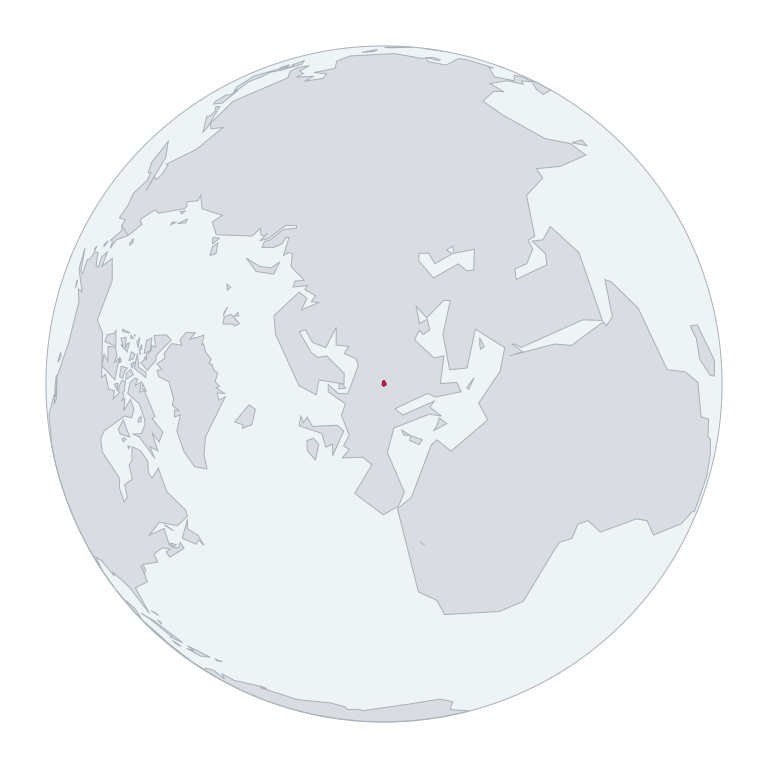 Zlínský highlighted on a globe, orthographic projection, rotated 293°
{"feature_id": "CZE-10371", "entity_name": "Zlínský", "entity_type": "Region", "adm_level": 1, "iso_a3": "CZE", "parent_name": "Czechia", "parent_adm1": "", "projection": "orthographic", "projection_center": [17.624, 49.185], "detail": "fine", "context": "on_globe", "style": "filled", "palette": "rose", "viewbox_px": 768, "rotation_deg": 293, "n_neighbors": 0, "source": "natural_earth", "source_scale": "10m", "svg_char_len": 11622}
<svg xmlns="http://www.w3.org/2000/svg" viewBox="0 0 768 768"><g transform="rotate(293 384 384)"><circle cx="384" cy="384" r="338" fill="#eef3f6" stroke="#a8b0b8"/><path d="M64.3,274.6L66.5,268.3L69.3,260.8L79.0,238.6L90.2,217.1L81.7,233.6L83.8,231.5L79.9,242.6L72.5,253.5L64.0,278.6L59.0,291.7L55.1,306.3L53.4,315.5L50.9,331.2L52.7,330.5L54.0,339.1L50.3,352.2L54.0,348.1L52.7,361.9L57.5,388.7L56.2,389.5L59.7,427.8L69.5,459.5L71.7,474.7L70.0,477.6L74.7,487.9L74.9,491.9L99.0,531.9L115.9,558.7L118.3,571.4L110.1,572.1L116.5,590.2L112.6,585.3L98.3,564.4L85.6,542.5L74.5,519.8L65.3,496.2L57.8,472.0L52.1,447.4L48.3,422.4L46.3,397.1L46.3,371.8L48.2,346.6L51.4,326.4L52.8,318.1L52.5,318.7L64.3,274.6ZM153.2,137.2L171.9,121.0L161.4,129.7L171.7,121.1L183.4,112.2L198.8,101.5L225.4,87.4L246.3,84.5L236.8,88.4L242.9,87.9L255.2,83.2L261.8,80.3L299.4,77.5L340.7,71.0L352.0,65.5L350.9,70.0L371.0,58.2L392.3,55.7L369.3,60.9L367.8,63.4L382.8,62.4L384.4,64.8L392.6,66.0L393.3,69.3L379.8,72.9L380.0,75.3L390.6,74.5L397.9,77.9L382.3,78.5L393.5,84.7L373.1,93.4L330.9,95.1L320.5,105.2L279.5,121.6L284.2,123.8L271.7,132.5L272.4,138.5L264.6,140.5L272.0,143.7L278.9,140.8L284.5,141.4L285.6,144.9L275.8,147.8L273.9,146.5L271.5,149.2L266.2,149.3L269.5,151.2L257.5,154.8L270.8,156.6L262.5,164.0L254.2,164.9L253.2,157.8L231.5,144.7L222.7,144.7L211.4,151.2L193.8,177.6L184.9,181.1L174.1,190.8L179.8,191.8L190.2,184.6L198.1,189.5L210.0,180.9L214.9,181.9L227.8,176.5L227.7,185.2L220.7,196.7L210.0,201.9L206.6,207.4L218.3,209.2L199.9,226.2L190.4,250.7L185.4,254.7L172.9,249.2L169.0,231.3L152.8,226.8L165.1,238.0L152.5,248.8L151.2,254.4L153.0,259.0L158.5,258.3L154.6,264.1L140.9,254.5L144.3,249.0L148.6,251.9L146.6,243.9L137.3,238.8L131.7,245.3L123.6,232.7L119.5,237.4L115.4,237.7L122.6,230.8L109.5,243.4L99.2,234.8L81.2,257.7L96.9,230.2L101.2,218.8L104.9,207.6L101.8,211.0L110.9,193.2L112.0,186.5L102.1,197.9L91.6,214.5L104.9,193.5L119.6,173.6L135.7,154.8L153.2,137.2ZM76.4,263.6L67.2,299.9L67.6,286.4L68.4,287.3L71.7,276.4L76.3,260.4L78.0,249.9L76.4,263.6ZM83.2,263.5L84.4,258.2L83.9,262.5L83.2,263.5ZM264.4,78.8L255.2,82.9L243.5,86.6L251.0,82.8L264.4,78.8ZM286.9,73.9L283.1,76.1L276.7,75.4L280.9,74.3L286.9,73.9ZM359.6,61.5L351.8,62.6L358.8,60.8L359.6,61.5ZM393.6,65.6L395.3,64.7L398.9,65.8L393.6,65.6ZM227.0,172.3L227.3,174.4L224.7,174.2L227.0,172.3ZM232.2,168.1L228.9,166.5L230.9,164.3L232.9,165.4L232.2,168.1ZM403.1,71.9L408.3,74.4L400.7,72.5L403.1,71.9ZM235.8,170.7L234.9,160.7L238.5,157.1L249.0,158.1L235.8,170.7ZM409.7,76.2L422.4,82.7L427.3,80.8L420.7,90.4L412.1,81.3L402.0,79.0L408.8,78.5L409.7,76.2ZM280.7,138.4L273.3,141.6L278.5,135.8L280.7,138.4ZM282.6,134.6L290.6,117.1L302.1,114.6L297.1,120.7L311.1,115.3L312.8,122.5L305.5,127.2L297.7,127.2L304.3,130.1L282.6,134.6ZM415.1,95.0L416.1,97.3L412.5,95.6L415.1,95.0ZM287.1,141.2L287.7,137.7L297.7,135.1L298.4,141.7L294.9,140.4L287.1,141.2ZM314.0,110.5L321.5,110.1L325.0,115.7L328.4,116.4L313.9,122.5L314.0,110.5ZM293.2,142.7L298.4,145.2L294.7,149.7L287.2,144.5L293.2,142.7ZM300.0,131.8L304.8,131.0L302.3,133.5L300.0,131.8ZM284.5,167.9L284.9,163.3L290.2,161.5L284.5,167.9ZM300.6,145.9L301.9,144.3L304.0,143.2L306.6,145.8L300.6,145.9ZM317.3,126.3L317.1,128.9L323.4,124.0L326.2,128.4L316.0,131.9L321.6,132.2L322.5,133.6L313.2,135.0L317.3,126.3ZM315.6,145.2L303.6,151.7L301.6,160.4L296.8,162.1L301.0,147.9L315.6,145.2ZM315.0,139.0L314.3,143.2L308.8,143.0L305.9,140.1L315.0,139.0ZM331.8,130.4L330.1,122.7L332.4,122.2L331.8,130.4ZM316.1,147.7L319.0,146.1L316.6,148.3L316.1,147.7ZM328.2,135.6L327.3,132.8L329.9,132.4L328.2,135.6ZM325.5,145.4L321.6,147.4L319.5,145.4L325.5,145.4ZM327.6,140.9L331.5,141.0L321.1,143.5L326.8,139.8L327.6,140.9ZM330.9,135.6L332.1,134.5L330.9,136.9L330.9,135.6ZM335.7,152.4L323.2,155.9L318.5,151.3L331.4,148.4L335.7,152.4ZM219.6,579.0L195.4,529.8L205.5,517.4L206.0,497.0L274.4,445.2L290.5,453.5L346.1,451.3L353.3,454.6L348.4,472.0L391.5,493.5L403.4,478.6L440.8,485.9L464.6,481.0L470.2,446.7L431.2,454.2L422.8,438.9L452.7,418.9L486.6,412.5L484.4,406.4L461.7,397.4L468.0,383.3L453.6,393.1L460.5,398.5L451.6,405.1L444.8,400.7L447.3,395.7L436.7,394.7L427.4,420.0L433.4,428.1L406.5,435.7L413.9,450.3L407.1,458.0L392.0,436.4L392.4,427.8L365.6,403.8L362.7,413.3L387.9,436.9L380.6,435.3L376.9,449.6L374.0,437.5L347.3,410.3L322.1,414.0L292.3,445.1L277.1,444.9L263.3,434.5L271.8,399.8L304.9,404.4L308.3,393.2L299.6,374.4L310.4,377.7L311.0,371.0L323.3,371.9L338.6,357.1L350.8,356.3L355.0,335.7L361.9,332.8L357.4,345.6L360.9,354.6L391.0,353.0L396.3,348.3L396.6,335.3L404.8,337.0L401.2,324.7L417.6,317.9L394.7,316.2L394.4,302.0L403.2,290.3L399.0,285.6L384.6,304.7L382.6,312.8L387.4,320.1L378.3,343.2L368.3,347.2L362.3,322.6L347.5,325.9L349.3,306.3L387.2,264.9L403.9,256.0L435.5,270.0L432.7,279.5L420.0,279.0L433.4,292.1L431.5,284.9L438.4,286.6L439.9,274.4L444.8,275.1L437.8,262.5L444.0,262.0L448.3,270.0L455.8,252.5L468.2,248.8L467.5,244.6L463.3,241.2L481.8,239.3L480.5,236.3L473.9,235.7L467.0,229.6L462.0,218.3L468.7,218.3L471.4,222.3L487.1,231.2L493.3,242.6L495.6,241.5L491.8,231.7L472.6,220.7L467.7,214.0L477.3,217.8L473.4,215.9L473.1,212.6L479.0,209.5L468.7,204.9L455.9,171.3L466.1,162.7L476.1,169.3L474.2,148.2L485.9,141.6L479.8,140.9L474.7,131.2L471.0,133.1L467.7,132.0L453.1,109.8L454.9,105.2L441.7,96.2L438.6,96.0L436.5,98.9L420.7,90.4L427.3,80.8L434.1,81.6L433.6,75.6L449.1,78.6L461.8,78.9L479.1,86.6L487.5,86.8L486.3,84.5L497.0,83.5L523.0,90.6L507.2,94.6L469.2,89.3L485.2,91.9L483.1,94.5L489.8,97.6L500.9,99.6L501.3,97.8L527.1,119.9L557.1,135.5L551.2,125.0L556.0,122.4L584.9,134.4L628.3,175.8L635.2,175.6L641.3,180.5L647.9,191.0L639.2,184.0L638.2,188.6L632.2,183.4L639.8,199.1L631.6,192.5L641.5,208.5L647.1,210.0L643.4,198.0L655.5,215.7L662.6,214.3L672.8,224.8L692.3,264.6L698.1,290.3L700.5,295.4L697.9,298.5L701.9,316.7L712.5,325.3L714.8,332.4L717.8,361.8L716.5,357.2L709.9,365.4L714.0,385.4L719.2,383.4L721.2,394.2L719.5,401.1L716.9,392.5L714.4,394.9L711.3,378.8L701.9,364.1L699.9,380.1L696.4,370.8L683.2,364.4L678.2,387.0L672.8,436.3L678.1,461.5L673.6,480.4L653.0,460.9L641.8,440.2L635.6,449.6L613.5,441.5L578.7,465.1L572.7,460.4L566.4,468.1L550.6,468.4L541.0,459.6L531.9,464.8L557.4,487.4L567.0,481.6L573.4,464.5L578.8,474.0L593.9,475.5L581.2,512.0L527.8,560.2L520.9,542.1L471.2,495.9L471.7,488.5L471.5,487.7L470.7,486.4L468.0,498.9L458.9,488.5L487.3,525.1L492.8,541.5L527.1,561.7L524.3,565.8L534.8,568.1L566.4,546.6L566.9,553.0L553.1,588.4L507.9,639.0L512.9,656.8L508.1,672.3L477.8,688.7L478.5,696.5L462.5,702.5L460.2,706.4L446.3,712.0L423.8,717.3L387.7,719.6L387.0,717.6L371.3,712.1L350.3,691.0L361.0,679.6L358.4,669.0L332.2,641.0L338.0,625.2L330.6,617.3L315.5,617.3L306.7,607.3L297.4,605.6L238.4,597.2L219.6,579.0ZM252.9,478.3L251.4,484.5L252.9,478.3ZM524.2,422.0L543.3,414.6L531.6,397.3L538.0,393.3L531.7,389.1L530.7,396.1L514.7,383.8L521.8,373.8L517.9,365.4L511.3,367.5L500.8,388.0L523.6,405.4L520.5,415.9L524.2,422.0ZM57.8,389.4L57.9,395.2L56.8,390.9L57.8,389.4ZM65.1,289.4L64.4,295.2L63.1,299.9L63.2,296.3L65.1,289.4ZM64.9,336.1L65.3,343.6L63.8,338.0L64.9,336.1ZM66.3,305.3L64.6,330.7L61.9,321.4L63.5,305.7L63.9,313.5L66.3,305.3ZM78.4,267.7L77.4,272.0L76.0,273.1L78.4,267.7ZM82.8,266.7L82.8,265.5L84.4,262.1L82.8,266.7ZM153.3,249.3L154.3,250.3L154.9,255.6L152.3,254.5L153.3,249.3ZM171.8,272.5L165.1,281.4L168.1,274.0L163.1,273.8L163.2,258.6L182.9,255.9L174.0,259.6L171.8,272.5ZM168.8,238.4L166.5,247.8L168.3,237.6L168.8,238.4ZM301.8,335.1L306.5,340.3L302.7,347.7L287.2,350.5L292.6,339.5L301.8,335.1ZM314.2,346.1L312.5,322.1L322.0,320.0L317.0,325.1L323.5,326.1L317.0,334.8L327.8,357.1L325.1,365.3L298.0,364.8L308.4,360.2L303.1,355.1L314.2,346.1ZM291.3,270.2L290.7,261.4L312.2,268.0L310.3,275.6L294.8,278.3L287.9,271.1L291.3,270.2ZM254.5,175.2L252.9,172.5L255.6,171.5L259.2,173.0L254.5,175.2ZM284.2,165.9L264.5,186.1L261.6,184.0L253.4,199.2L242.7,199.7L248.4,189.6L234.0,201.9L234.8,193.0L225.9,202.1L239.6,179.7L239.8,172.7L243.7,180.2L253.5,179.8L257.8,177.6L270.1,166.3L275.3,151.8L285.8,149.8L292.0,152.2L292.3,155.3L285.3,155.5L290.9,159.6L281.0,162.4L284.2,165.9ZM357.4,190.3L349.1,187.7L358.5,199.3L348.8,200.9L350.5,202.2L344.0,207.0L339.2,215.3L334.5,214.9L334.6,218.4L330.4,221.9L329.0,226.7L320.1,227.7L317.6,233.7L314.8,230.9L313.0,241.0L310.4,234.0L304.6,238.4L310.2,242.9L265.7,240.3L249.1,245.7L236.7,254.3L233.8,242.0L243.6,226.4L259.7,211.7L276.1,208.7L271.8,204.0L278.4,201.4L279.0,206.2L282.0,197.3L287.6,196.5L301.9,185.4L302.8,173.8L308.0,169.8L310.5,173.9L314.0,167.1L322.2,172.4L326.2,169.7L338.2,172.7L340.7,182.8L344.9,179.1L354.2,181.6L357.4,190.3ZM339.0,153.5L344.2,164.4L341.4,170.9L321.6,163.2L316.9,164.9L304.1,160.8L308.5,151.7L311.7,153.6L315.9,153.4L312.8,156.3L318.4,153.8L323.1,156.5L328.6,155.4L328.8,159.2L339.0,153.5ZM360.6,448.0L366.0,448.9L374.3,448.1L372.1,457.3L360.6,448.0ZM342.0,429.8L346.8,428.8L347.8,440.8L342.1,440.2L342.0,429.8ZM348.6,418.4L347.0,427.8L344.5,422.4L348.6,418.4ZM361.8,344.2L366.8,342.6L367.6,345.6L365.2,350.2L361.8,344.2ZM383.3,227.3L379.0,224.2L380.3,222.4L376.4,212.3L383.4,210.6L388.4,216.1L383.3,227.3ZM464.0,453.9L457.7,461.7L453.8,459.4L456.8,457.2L464.0,453.9ZM413.0,461.6L425.1,464.5L412.3,464.1L413.0,461.6ZM390.2,223.8L387.8,219.7L392.8,221.5L390.2,223.8ZM388.2,209.0L393.9,210.0L383.7,209.3L388.2,209.0ZM560.9,649.3L534.8,679.0L520.3,684.9L519.5,680.6L530.4,664.8L547.9,653.8L557.0,643.2L560.9,649.3ZM720.0,419.6L719.5,422.5L712.6,417.3L715.2,408.6L721.2,400.5L721.0,405.4L721.3,403.6L720.0,419.6ZM721.6,369.5L721.5,367.2L721.4,366.1L721.6,369.5ZM679.4,462.6L685.8,470.4L682.7,477.6L679.4,462.6ZM708.9,291.0L713.7,309.9L708.2,288.8L708.9,291.0ZM703.5,274.4L705.0,278.4L704.6,277.9L703.5,274.4ZM703.8,301.8L704.4,309.5L702.7,306.5L700.9,294.9L703.8,301.8ZM680.6,234.2L686.9,243.2L689.2,247.5L686.4,245.1L680.6,234.2ZM446.1,208.1L443.8,223.7L446.7,234.7L455.6,240.3L442.1,239.5L437.6,222.4L446.1,208.1ZM454.0,175.6L446.2,171.5L450.1,169.4L452.4,170.0L454.0,175.6ZM448.9,175.9L438.4,178.4L434.3,173.6L443.5,172.5L448.9,175.9ZM414.5,200.3L413.3,204.9L409.3,203.3L414.5,200.3ZM701.5,268.3L703.7,275.2L696.1,259.0L694.1,252.8L700.7,267.1L700.6,265.8L701.5,268.3ZM640.9,172.4L637.1,169.7L633.1,163.9L636.9,167.3L640.9,172.4ZM616.7,144.1L630.8,161.5L641.5,176.7L641.7,174.8L650.4,184.3L646.3,183.4L633.5,167.9L626.7,157.8L618.9,151.2L609.6,141.5L601.1,136.7L594.8,131.4L600.5,132.9L616.7,144.1ZM597.6,135.1L579.4,125.3L575.1,117.7L578.1,118.2L588.3,125.7L590.0,129.2L597.6,135.1ZM573.7,120.9L575.1,124.4L551.3,121.3L545.2,119.0L561.1,116.3L563.3,119.6L569.9,122.0L573.7,120.9ZM419.5,96.7L416.4,97.2L417.6,95.3L419.5,96.7ZM465.8,133.3L461.5,131.6L463.0,129.1L465.8,133.3ZM450.4,125.8L451.7,129.7L447.5,125.6L450.4,125.8ZM455.1,138.8L450.9,131.3L458.9,138.5L455.1,138.8Z" fill="#d9dde1" stroke="#a8b0b8" stroke-width="1"/><path d="M386.8,383.1L386.7,383.2L386.2,383.4L386.1,383.6L385.9,383.9L385.9,384.1L385.8,384.3L385.9,384.5L385.7,384.8L385.5,385.0L385.3,385.0L385.2,385.0L385.0,385.4L385.0,385.5L384.9,385.5L384.7,385.6L384.5,385.8L384.4,385.9L384.1,386.0L384.1,385.9L384.0,385.7L383.9,385.7L383.7,385.6L383.6,385.4L383.4,385.3L383.2,385.4L383.0,385.2L382.9,385.1L382.6,385.0L382.5,384.9L382.4,384.8L382.5,384.7L382.4,384.6L382.2,384.6L382.1,384.4L382.3,384.2L382.2,384.0L382.2,383.9L382.1,383.7L382.3,383.5L382.3,383.4L382.6,383.3L382.7,383.2L382.8,383.1L382.8,382.9L382.8,382.7L383.0,382.7L383.1,382.8L383.4,382.9L383.5,382.9L383.6,382.7L384.0,382.7L384.1,382.4L384.5,382.5L384.6,382.4L384.7,382.2L384.8,382.1L385.0,382.1L385.3,382.0L386.0,382.1L386.5,382.2L386.6,382.3L386.7,382.5L386.8,382.5L386.8,382.8L386.9,383.1L386.8,383.1Z" fill="#f43f5e" stroke="#9f1239" stroke-width="1.5"/></g></svg>